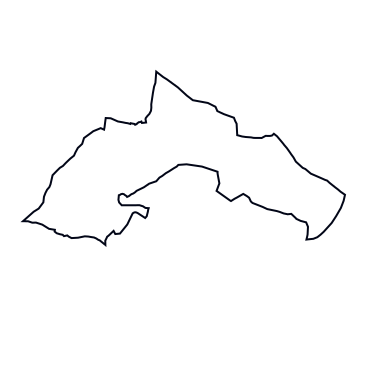 outline of Funtua, Katsina, Nigeria, rotated 294°
{"feature_id": "59680162B95285688800937", "entity_name": "Funtua", "entity_type": "district", "adm_level": 2, "iso_a3": "NGA", "parent_name": "Nigeria", "parent_adm1": "Katsina", "projection": "mercator", "projection_center": [7.292, 11.431], "detail": "fine", "context": "isolated", "style": "outline", "palette": "ink", "viewbox_px": 384, "rotation_deg": 294, "n_neighbors": 0, "source": "geoboundaries", "source_scale": "gbopen_adm2", "svg_char_len": 2729}
<svg xmlns="http://www.w3.org/2000/svg" viewBox="0 0 384 384"><g transform="rotate(294 192 192)"><path d="M195.1,315.9L196.3,317.9L198.6,321.9L201.7,324.9L205.3,326.8L209.2,328.5L220.5,332.2L228.6,333.5L238.0,334.5L245.6,334.1L251.7,332.9L252.7,327.6L253.7,324.3L254.5,320.9L256.3,314.0L257.4,310.8L257.2,308.7L257.2,303.8L257.1,293.1L259.1,286.2L259.1,283.3L262.0,274.5L264.9,270.6L266.9,267.1L267.8,265.7L270.7,260.8L272.6,256.8L273.2,255.8L277.5,247.0L278.5,243.1L276.1,242.1L274.9,240.4L273.2,236.4L269.7,233.7L266.5,226.3L265.9,223.7L264.1,218.7L263.1,215.2L262.5,211.3L262.3,210.2L272.5,205.0L274.4,202.6L276.9,200.1L276.1,189.5L276.2,182.3L279.4,178.8L279.8,170.3L276.2,155.4L278.0,148.0L281.8,136.6L284.7,123.2L285.3,118.8L287.4,110.4L276.8,114.2L272.8,114.5L270.4,115.1L266.7,116.0L262.4,117.2L255.6,119.1L252.4,120.6L249.5,121.5L246.0,121.3L243.2,120.3L240.7,119.7L239.6,119.9L238.5,120.7L236.8,121.8L234.7,118.2L235.8,117.1L234.8,116.2L234.1,115.0L233.6,114.7L232.1,113.9L231.8,113.9L231.5,113.8L230.3,112.7L230.8,112.0L229.9,108.0L229.1,108.0L228.7,105.3L228.1,103.2L227.5,100.4L226.3,95.6L226.3,87.8L224.5,83.1L220.7,84.2L215.8,85.7L213.2,86.3L213.2,82.6L211.8,81.3L207.4,77.1L205.2,75.9L197.4,71.4L191.3,72.1L188.6,71.0L185.9,69.8L180.8,69.4L177.2,69.4L172.9,67.2L169.0,65.6L167.0,64.8L163.3,63.5L160.4,61.5L157.1,60.2L150.6,57.8L147.6,58.4L141.5,59.6L138.5,59.7L135.2,58.7L131.6,58.5L127.5,58.7L122.1,60.4L114.5,58.7L109.6,55.4L96.6,49.5L98.6,54.2L99.0,58.6L100.6,61.9L101.3,68.5L100.2,76.4L101.4,81.0L101.7,82.1L100.0,82.6L99.3,85.2L99.7,88.5L100.3,91.3L99.6,93.0L101.6,95.7L101.1,97.6L100.9,100.7L103.9,106.5L107.9,112.1L109.1,115.3L109.8,118.1L110.6,121.0L110.6,123.5L110.2,125.9L110.3,127.3L108.4,134.4L112.2,132.6L115.4,132.7L116.7,132.7L117.9,133.4L119.5,134.1L124.6,136.2L122.4,139.0L124.7,143.1L136.0,146.1L145.8,146.4L148.4,146.5L149.9,147.6L150.6,148.9L150.7,150.7L149.2,159.8L151.4,160.5L156.0,159.7L157.9,159.2L159.6,159.0L158.5,155.9L159.0,153.1L158.6,149.5L151.3,133.2L152.8,129.7L154.9,128.0L159.3,126.5L160.1,127.4L160.9,127.8L162.0,129.1L162.3,130.6L161.9,132.1L161.7,133.6L161.1,134.7L162.7,136.1L165.3,137.5L166.8,139.0L168.6,140.1L170.5,140.9L176.7,146.1L182.2,149.5L187.3,155.0L191.9,156.4L194.6,158.3L198.5,160.4L201.5,162.6L206.4,165.8L209.0,167.7L211.2,168.5L215.1,175.8L219.3,190.8L220.9,207.1L219.2,207.9L217.4,209.1L211.0,213.5L203.0,214.0L199.7,230.3L199.6,231.3L203.2,233.7L205.1,235.2L211.1,239.6L210.6,243.7L210.0,246.5L207.3,249.6L206.6,251.7L207.1,262.6L207.0,267.7L209.1,277.3L209.5,280.4L209.7,284.5L210.6,288.5L212.4,291.6L210.3,297.5L209.9,298.2L209.8,303.0L210.7,308.6L207.4,312.1L200.1,314.9L197.8,315.4L195.1,315.9Z" fill="none" stroke="#020617" stroke-width="2"/></g></svg>